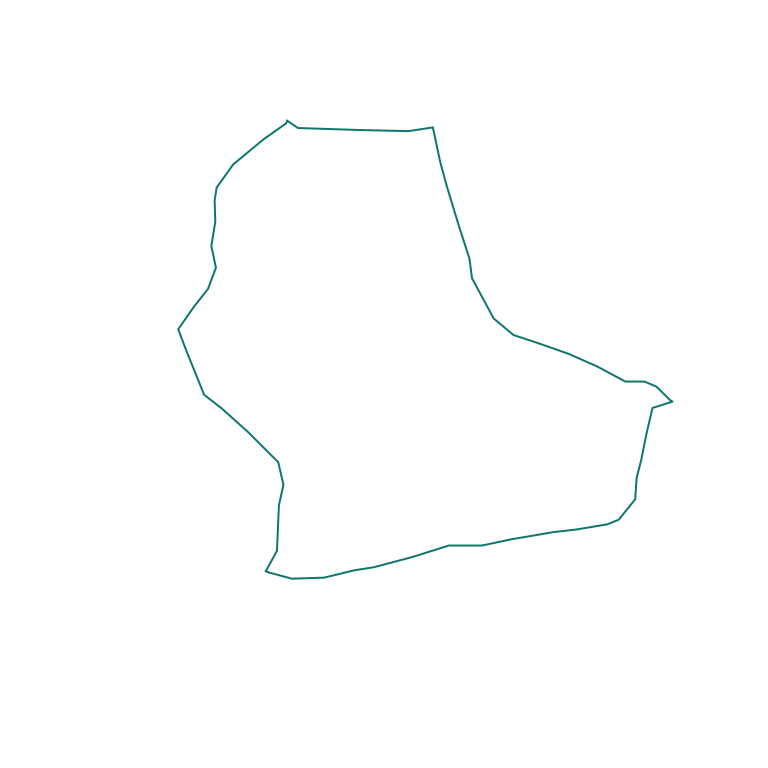 Solna, Stockholm, Sweden, rotated 135°
{"feature_id": "70781695B78362616734409", "entity_name": "Solna", "entity_type": "district", "adm_level": 2, "iso_a3": "SWE", "parent_name": "Sweden", "parent_adm1": "Stockholm", "projection": "orthographic", "projection_center": [18.004, 59.371], "detail": "fine", "context": "isolated", "style": "outline", "palette": "teal", "viewbox_px": 768, "rotation_deg": 135, "n_neighbors": 0, "source": "geoboundaries", "source_scale": "gbopen_adm2", "svg_char_len": 898}
<svg xmlns="http://www.w3.org/2000/svg" viewBox="0 0 768 768"><g transform="rotate(135 384 384)"><path d="M600.0,335.2L598.7,332.1L586.8,311.5L563.4,289.5L537.1,273.5L521.0,261.8L485.9,241.4L452.3,223.9L428.9,200.5L404.1,184.4L369.1,159.6L351.4,145.5L325.2,126.8L314.0,122.1L309.1,122.6L287.8,124.9L271.9,138.9L256.0,148.3L233.6,163.2L211.1,177.2L192.7,167.7L192.5,167.8L193.1,170.6L193.2,189.4L198.0,201.4L211.7,215.2L220.7,245.1L232.0,274.4L245.2,302.0L257.8,327.1L260.1,352.8L247.0,396.5L235.0,412.1L220.0,441.4L199.6,479.7L187.6,500.7L168.0,530.9L187.8,545.4L219.9,579.0L263.8,625.8L266.3,638.7L269.0,637.5L296.1,642.2L335.4,645.9L363.5,641.2L373.8,633.7L388.8,617.8L408.4,603.8L420.6,585.1L441.2,575.7L464.6,572.9L490.8,568.2L500.1,547.6L518.8,503.6L516.0,481.1L514.1,445.6L514.1,403.5L526.3,383.9L544.0,372.6L577.7,341.7L600.0,335.2Z" fill="none" stroke="#0f766e" stroke-width="2"/></g></svg>